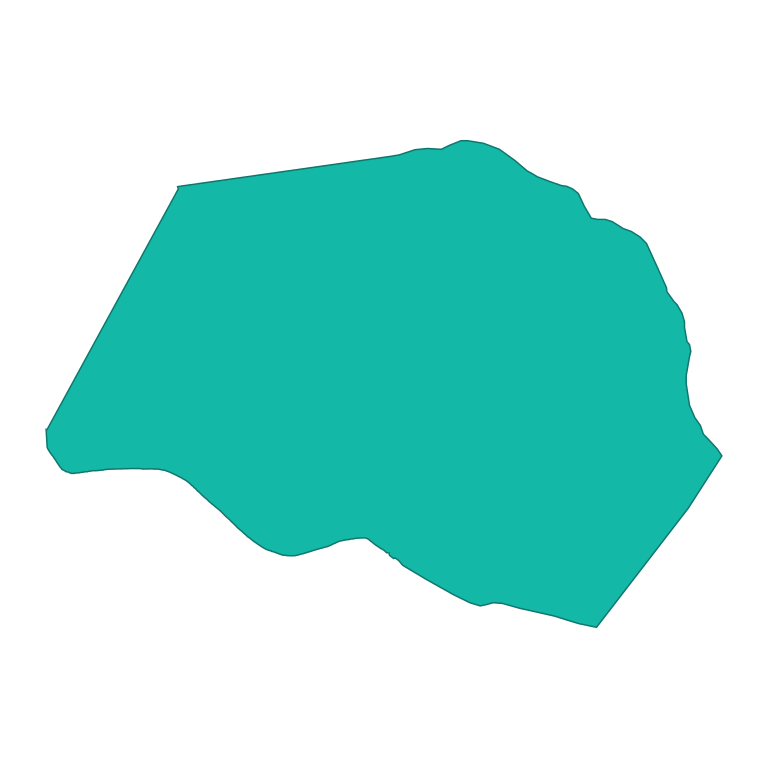 Carriere, Micoud, Saint Lucia
{"feature_id": "8701671B45853929817808", "entity_name": "Carriere", "entity_type": "district", "adm_level": 2, "iso_a3": "LCA", "parent_name": "Saint Lucia", "parent_adm1": "Micoud", "projection": "albers", "projection_center": [-60.947, 13.836], "detail": "fine", "context": "isolated", "style": "filled", "palette": "teal", "viewbox_px": 768, "rotation_deg": 0, "n_neighbors": 0, "source": "geoboundaries", "source_scale": "gbopen_adm2", "svg_char_len": 4848}
<svg xmlns="http://www.w3.org/2000/svg" viewBox="0 0 768 768"><path d="M46.1,429.3L47.1,445.9L47.1,446.8L47.5,448.1L47.9,449.0L49.2,451.1L49.7,452.1L50.4,452.9L50.9,453.7L51.4,454.4L52.0,455.2L53.5,457.0L53.8,457.7L54.6,458.9L55.5,459.9L56.0,460.9L56.9,462.4L57.6,463.3L58.3,464.5L59.1,465.5L59.8,466.7L61.2,468.2L61.9,469.4L62.6,469.7L63.6,470.3L64.6,470.6L65.5,471.5L66.4,471.7L68.4,472.1L69.5,472.8L70.3,472.9L71.2,473.4L72.4,473.4L73.8,473.4L74.8,473.3L76.0,473.0L77.2,472.9L78.6,472.9L79.8,472.7L80.6,472.5L81.9,472.3L83.0,472.2L83.9,472.0L84.8,471.8L85.8,471.8L86.8,471.8L87.9,471.6L88.7,471.2L89.7,471.2L90.8,471.1L91.6,470.9L92.7,470.7L93.5,470.7L94.6,470.7L95.4,470.7L97.0,470.6L98.2,470.6L99.5,470.3L100.8,470.2L101.9,470.1L103.0,470.1L104.1,469.8L105.0,469.5L106.6,469.5L107.4,469.3L109.0,469.2L110.4,469.2L111.9,469.1L113.2,469.1L114.3,469.1L115.2,469.0L116.0,469.0L117.6,469.0L118.4,468.9L120.0,468.9L121.5,468.9L122.9,468.8L123.8,468.8L125.2,468.7L126.5,468.7L127.9,468.7L129.1,468.6L130.3,468.6L131.1,468.6L132.4,468.5L133.9,468.5L134.8,468.6L136.4,468.6L137.1,468.6L138.1,468.5L140.0,468.7L141.0,468.6L142.2,468.9L143.2,469.1L144.5,469.0L145.5,469.0L146.7,469.0L147.7,469.0L148.8,468.9L150.8,468.9L151.9,468.8L153.1,469.0L153.9,469.1L155.0,469.1L155.8,469.1L156.7,469.0L157.7,469.1L158.5,469.3L159.5,469.3L160.5,469.6L161.6,469.8L162.6,469.9L163.4,470.2L164.8,470.2L165.7,470.7L167.1,471.2L168.3,471.6L169.7,472.1L171.1,472.8L172.5,473.4L173.9,474.1L175.3,474.7L176.2,475.2L177.2,475.7L178.5,476.4L180.2,477.2L181.3,477.7L182.0,478.2L182.7,478.7L183.4,479.0L184.1,479.3L185.0,479.9L186.2,480.6L187.1,481.3L187.9,482.0L188.8,482.6L189.5,483.3L190.2,483.8L191.2,484.8L191.7,485.5L192.5,485.8L193.2,486.5L194.1,487.7L194.8,488.0L195.5,488.8L196.3,489.3L197.0,490.4L198.0,491.4L198.7,491.7L199.3,492.4L200.5,493.5L201.4,494.6L202.1,495.2L202.8,495.7L203.4,496.6L204.1,496.9L205.1,497.9L206.0,498.6L207.4,499.7L208.2,500.7L209.1,501.6L210.3,502.4L211.0,503.2L212.1,504.1L213.1,504.8L214.0,505.6L215.0,506.5L215.9,507.2L217.7,508.6L218.9,509.6L219.9,510.5L221.6,512.1L222.6,513.2L223.5,514.0L224.9,515.5L226.5,517.0L228.3,518.6L229.5,519.6L230.1,520.2L230.6,520.9L231.5,521.7L232.1,522.3L233.1,523.2L234.3,524.4L235.6,525.6L236.7,526.8L237.7,527.8L239.0,529.0L240.6,530.3L241.6,531.1L242.5,532.0L243.4,532.8L244.6,533.8L245.5,534.6L246.6,535.7L247.6,536.7L249.0,537.6L249.7,538.1L251.2,539.3L252.0,540.0L252.9,540.7L254.4,541.8L255.3,542.4L257.3,543.8L258.0,544.3L259.1,545.0L260.4,545.9L261.7,546.8L263.5,547.8L264.2,548.3L264.9,548.6L266.0,549.3L268.2,550.1L269.1,550.4L269.8,550.7L271.0,550.7L271.5,551.4L273.2,551.7L273.9,552.0L274.8,552.1L275.5,552.6L276.7,552.9L277.6,553.3L278.4,553.7L280.0,554.2L280.9,554.5L283.0,555.2L284.5,555.1L285.4,555.3L287.1,555.6L288.4,555.7L289.1,555.7L290.1,555.7L291.6,555.8L292.8,555.8L293.9,555.7L294.9,555.7L295.8,555.5L297.0,555.1L297.8,555.1L298.8,554.9L299.5,554.4L300.5,554.3L301.2,554.0L302.3,553.8L303.3,553.7L304.0,553.4L305.2,553.0L306.2,552.8L307.0,552.4L309.4,551.8L311.1,551.2L312.7,550.7L313.5,550.4L314.4,550.1L316.0,549.7L317.3,549.3L318.7,548.9L320.4,548.4L321.8,548.1L323.1,547.8L323.8,547.4L324.8,547.2L325.8,546.9L326.7,546.8L327.5,546.6L328.4,546.2L329.6,545.7L330.3,545.3L332.0,544.6L332.6,544.2L333.5,543.8L334.4,543.5L335.7,542.9L337.2,542.2L338.4,541.6L340.1,541.1L341.5,540.7L342.5,540.6L343.8,540.3L344.6,540.1L346.3,539.8L347.1,539.7L348.2,539.6L349.0,539.6L350.0,539.2L351.1,539.0L352.1,539.0L354.5,538.6L357.3,538.1L359.0,538.1L360.7,538.0L362.6,538.0L363.6,537.9L364.5,537.9L365.4,537.9L366.2,538.2L367.1,538.5L368.2,539.2L369.0,539.7L369.7,540.2L370.4,540.9L372.0,542.1L373.6,543.4L374.3,544.0L375.6,545.0L376.3,545.5L377.5,546.2L378.1,546.7L378.9,547.2L379.5,547.6L380.5,548.4L381.4,548.8L382.2,549.2L384.0,550.3L384.6,550.8L386.5,552.7L389.0,552.9L389.5,555.3L391.0,556.5L392.7,557.8L393.5,558.5L395.1,558.0L396.1,558.6L397.0,559.3L397.7,559.8L398.4,560.3L399.0,560.9L402.7,565.3L426.1,579.3L439.6,586.9L453.2,594.5L459.2,597.5L469.8,602.7L480.2,605.9L486.4,604.6L493.2,602.7L502.4,603.4L513.0,606.4L520.2,608.4L554.1,616.0L569.5,620.8L578.7,623.6L596.5,627.3L688.2,508.3L721.9,455.9L717.1,448.8L708.7,439.7L703.3,434.1L700.4,425.5L694.9,417.8L689.5,405.3L686.2,383.8L686.2,375.6L689.5,356.7L690.8,351.5L689.5,344.6L687.0,341.6L684.5,327.4L684.5,321.8L682.0,313.2L677.0,304.6L674.0,301.6L666.9,291.7L666.5,287.8L657.3,267.2L646.5,243.5L640.2,237.1L631.4,231.5L623.1,228.5L612.2,221.6L605.1,219.4L597.6,219.4L591.3,218.2L584.2,206.1L578.4,193.6L572.5,188.9L566.7,186.3L561.2,185.5L550.0,181.6L537.4,176.8L532.4,173.8L527.0,170.8L514.9,160.5L499.4,149.3L483.5,143.3L467.6,140.7L461.0,140.7L449.3,145.4L441.3,149.3L427.5,148.5L415.0,149.7L399.1,154.9L391.6,156.2L177.6,186.6L178.3,189.0L47.1,429.5L46.1,429.3Z" fill="#14b8a6" stroke="#0f766e" stroke-width="1.5"/></svg>